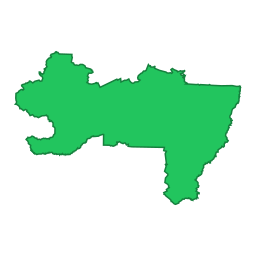 Cam My, Đồng Nai, Vietnam
{"feature_id": "81297802B33413589576034", "entity_name": "Cam My", "entity_type": "district", "adm_level": 2, "iso_a3": "VNM", "parent_name": "Vietnam", "parent_adm1": "Đồng Nai", "projection": "mercator", "projection_center": [107.218, 10.784], "detail": "fine", "context": "isolated", "style": "filled", "palette": "green", "viewbox_px": 256, "rotation_deg": 0, "n_neighbors": 0, "source": "geoboundaries", "source_scale": "gbopen_adm2", "svg_char_len": 5696}
<svg xmlns="http://www.w3.org/2000/svg" viewBox="0 0 256 256"><path d="M71.9,54.4L59.1,54.0L58.0,52.5L56.6,52.5L56.7,52.0L56.1,51.7L55.4,52.1L54.7,53.2L51.1,54.4L50.4,55.9L51.4,56.5L51.1,57.5L48.8,58.2L47.1,60.0L46.3,61.5L46.5,63.8L46.0,64.7L47.0,66.8L45.7,68.0L45.3,69.3L44.6,68.7L44.2,69.0L44.9,70.3L44.1,71.5L43.8,73.4L42.4,74.3L42.0,73.7L40.8,73.7L40.8,73.0L40.2,72.7L40.3,72.2L39.3,72.0L39.2,73.1L39.6,74.4L40.7,75.8L42.0,76.3L42.8,78.2L41.8,81.0L40.1,81.3L39.4,80.3L38.9,80.2L34.8,81.3L32.8,82.9L30.1,81.1L29.4,81.1L28.8,82.4L27.7,82.6L27.1,83.3L26.0,83.0L24.9,84.0L22.7,84.5L21.6,85.2L21.8,86.1L23.4,87.7L23.8,89.3L22.9,90.1L22.5,89.5L21.2,89.5L18.7,91.3L18.3,92.3L16.0,93.4L15.8,98.1L16.1,100.6L16.6,101.5L16.3,103.3L15.4,104.2L16.9,104.5L18.9,106.0L19.7,107.4L19.9,108.7L21.2,108.7L23.5,110.6L25.4,109.5L27.0,110.3L26.8,111.4L28.6,112.9L30.1,115.6L32.6,114.7L34.5,116.7L36.5,116.6L38.4,117.6L42.0,115.8L45.1,115.6L46.4,115.1L46.6,115.8L47.8,116.1L48.3,119.6L49.6,119.8L49.4,121.4L50.1,121.5L51.3,120.8L53.1,123.0L53.0,126.4L53.6,126.5L55.0,128.1L54.9,133.6L53.5,135.1L53.0,136.7L51.9,137.4L50.2,137.5L49.2,139.0L48.7,138.5L46.8,138.9L45.6,138.3L44.7,138.6L43.8,138.2L41.6,139.0L40.7,139.8L39.7,139.2L37.7,139.5L37.2,139.2L36.8,138.1L35.6,138.2L34.2,137.4L33.9,136.8L32.0,136.1L30.6,137.3L28.9,137.6L27.9,137.3L27.6,138.3L26.8,138.5L26.1,139.5L27.7,140.9L28.5,142.7L28.4,143.6L30.7,145.3L30.3,147.4L31.6,149.8L30.9,149.9L30.9,150.4L31.6,150.6L31.9,151.3L32.6,151.3L32.9,152.3L34.0,152.6L33.9,153.3L34.6,153.3L34.7,153.9L35.9,153.9L36.7,154.5L38.6,154.0L41.4,154.0L43.0,153.2L44.0,153.9L45.2,154.1L45.4,153.3L46.6,153.6L48.1,152.7L48.8,153.1L49.2,152.3L50.0,152.7L51.9,152.3L52.6,152.8L52.7,153.5L54.1,154.1L54.7,154.2L55.1,153.6L55.7,154.0L56.5,153.8L56.7,154.4L59.3,154.1L59.7,155.0L60.3,154.2L61.5,154.4L62.1,153.8L62.2,154.4L62.8,154.0L63.9,154.7L65.2,154.3L65.3,154.7L65.6,154.3L66.4,154.7L67.3,154.3L68.0,154.7L68.4,154.4L68.8,154.9L68.7,154.4L70.0,154.5L71.0,153.3L71.9,153.3L72.7,152.0L73.8,151.9L74.1,151.1L75.7,150.6L77.6,148.2L77.7,148.8L79.6,148.3L80.7,147.0L80.9,145.6L82.1,144.7L82.4,143.9L83.6,143.1L85.3,142.9L86.0,142.3L85.7,142.0L86.7,140.9L86.8,139.5L87.8,138.6L89.5,138.4L91.0,137.5L91.2,136.7L92.4,136.2L92.8,136.6L93.6,136.5L93.7,136.1L94.6,136.5L98.7,136.1L99.5,135.4L102.8,134.4L103.6,134.5L103.5,145.1L109.6,145.2L110.6,145.9L111.5,145.6L113.1,146.2L114.9,145.6L115.8,144.7L116.9,144.7L117.4,143.0L116.8,142.5L117.0,142.0L117.8,142.5L119.5,141.6L120.8,142.7L123.1,143.6L124.6,142.9L125.4,143.1L126.4,144.9L128.3,144.3L128.1,146.3L131.9,146.8L164.4,147.4L163.7,150.6L166.4,151.3L165.2,153.7L166.4,163.6L167.2,164.5L166.4,164.9L165.1,163.9L166.2,166.0L164.6,171.3L167.9,174.1L167.8,175.2L165.5,178.0L164.9,182.5L167.8,184.3L168.8,186.0L168.5,187.1L169.1,187.6L166.4,189.5L167.1,191.0L163.8,192.6L164.1,193.1L164.0,194.3L165.0,194.6L165.9,195.9L169.8,199.0L170.8,200.0L171.2,201.5L171.8,201.5L174.3,203.9L175.6,204.3L178.8,203.0L178.9,202.0L181.7,200.3L182.4,199.1L184.2,199.2L184.7,198.5L185.7,198.2L187.9,198.5L188.7,197.9L189.2,198.6L189.8,198.3L191.1,199.0L190.7,199.6L191.1,199.9L191.6,200.1L191.9,199.7L192.8,200.3L192.9,199.7L195.8,198.6L196.5,198.8L196.6,197.7L197.8,197.8L197.1,196.6L197.3,194.9L196.9,194.0L197.7,193.5L199.0,193.8L199.2,193.0L196.1,191.3L197.0,189.6L196.2,188.6L197.5,187.5L198.3,187.3L198.8,185.8L198.0,185.1L198.0,182.6L196.3,180.7L195.3,180.3L195.2,179.5L196.4,179.1L197.3,176.6L198.7,176.3L198.7,175.3L200.1,175.3L201.5,174.1L202.0,172.7L201.5,171.6L202.8,170.8L202.5,169.2L203.7,167.4L203.5,165.2L205.4,164.1L205.4,163.2L207.0,163.5L208.4,161.9L209.9,163.0L210.4,162.9L210.2,161.0L211.7,160.7L212.5,159.5L213.6,158.9L214.9,155.9L215.5,156.6L216.0,156.5L215.6,154.4L216.2,152.4L216.6,152.0L218.0,152.1L218.1,149.8L221.6,147.4L221.9,146.3L223.5,147.0L224.3,146.1L224.2,144.0L225.1,142.9L225.0,142.3L227.2,142.1L228.2,140.7L226.6,139.0L227.1,138.1L225.6,136.0L225.9,133.2L226.9,132.7L227.2,130.8L228.1,130.0L228.5,128.0L229.2,127.7L228.6,126.9L229.0,125.5L230.7,125.1L230.0,124.4L231.6,123.1L231.0,121.2L232.2,120.5L232.1,120.2L230.8,119.9L231.1,118.7L230.4,118.4L229.7,117.0L230.1,115.5L231.3,113.8L231.9,110.5L232.6,108.9L235.2,107.1L235.7,105.2L236.8,103.5L238.0,103.3L237.9,102.3L238.6,102.1L239.0,100.3L238.9,98.4L239.3,97.9L238.9,96.9L239.7,96.5L239.0,95.0L239.9,93.6L239.4,91.3L240.2,91.1L240.2,88.2L240.6,87.7L240.1,87.1L240.3,86.3L239.3,86.0L238.9,86.4L236.3,86.4L232.2,85.6L221.6,85.8L210.9,85.3L209.3,84.6L208.9,85.1L200.3,84.6L199.5,85.2L198.2,84.3L196.5,84.6L185.8,83.9L186.9,83.1L184.4,81.6L184.4,78.7L182.9,77.5L183.6,76.7L184.6,77.1L185.1,75.8L184.6,76.0L184.4,75.1L183.8,75.4L183.6,74.6L182.2,75.6L180.9,74.8L180.5,73.7L182.9,73.1L182.9,72.1L183.7,72.0L184.7,71.0L184.5,70.6L183.6,71.0L181.0,71.1L180.6,70.8L177.6,71.8L177.0,70.8L174.3,69.8L172.4,68.5L170.9,69.6L172.5,72.4L171.7,73.4L170.6,72.8L168.2,73.1L166.8,72.8L166.1,72.1L159.6,70.4L154.6,68.3L154.9,66.5L154.5,66.4L153.4,67.1L150.9,67.1L150.4,65.8L149.5,66.1L148.4,64.6L146.1,70.4L145.1,71.0L143.5,71.1L142.1,73.0L141.2,73.2L138.4,75.6L137.7,77.6L138.0,79.1L140.0,80.1L138.1,81.8L134.9,82.0L133.6,83.2L132.4,83.2L131.1,82.5L129.6,80.8L128.8,79.0L126.2,80.4L124.8,80.2L121.0,82.0L120.6,78.6L117.6,80.1L116.9,79.2L100.1,87.3L97.9,82.9L96.9,83.4L96.4,82.6L95.9,82.7L95.6,83.2L91.8,84.2L88.9,83.8L88.3,83.1L87.1,82.7L86.9,82.3L87.5,82.0L88.2,80.5L87.5,78.9L88.6,77.3L87.4,76.2L88.6,73.2L91.3,73.2L92.9,72.4L92.7,71.2L91.6,70.6L91.8,70.0L91.1,69.7L90.8,69.1L85.7,67.7L84.9,65.8L82.7,64.5L80.2,64.4L79.1,65.3L78.0,65.4L76.6,65.0L75.3,65.2L74.1,64.6L73.5,63.0L72.2,62.8L71.3,62.0L72.3,57.2L71.8,56.4L71.9,54.4Z" fill="#22c55e" stroke="#15803d" stroke-width="1.5"/></svg>